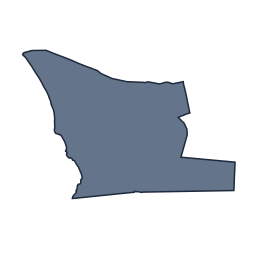 Faasaleleaga III, Fa'asaleleaga, Samoa, rotated 183°
{"feature_id": "51752279B1430525557017", "entity_name": "Faasaleleaga III", "entity_type": "district", "adm_level": 2, "iso_a3": "WSM", "parent_name": "Samoa", "parent_adm1": "Fa'asaleleaga", "projection": "albers", "projection_center": [-172.2, -13.646], "detail": "fine", "context": "isolated", "style": "filled", "palette": "slate", "viewbox_px": 256, "rotation_deg": 183, "n_neighbors": 0, "source": "geoboundaries", "source_scale": "gbopen_adm2", "svg_char_len": 1614}
<svg xmlns="http://www.w3.org/2000/svg" viewBox="0 0 256 256"><g transform="rotate(183 128 128)"><path d="M237.0,195.6L233.8,192.8L232.5,191.2L231.2,189.4L227.4,184.5L226.0,182.4L222.8,177.8L219.8,173.9L216.9,169.4L213.8,164.0L212.1,161.6L210.5,159.0L209.3,156.5L208.1,153.7L206.5,150.2L206.1,147.9L204.7,144.9L204.0,143.7L202.8,140.2L202.5,138.8L201.7,133.6L201.7,130.3L201.1,124.9L201.4,122.9L201.3,121.2L200.7,119.8L199.6,118.7L197.6,118.3L196.2,117.7L195.8,118.0L194.3,116.9L191.9,113.3L190.7,111.4L189.9,109.7L188.3,105.3L188.4,103.1L189.1,102.3L189.1,101.6L188.4,101.5L187.5,100.0L187.9,99.7L188.0,98.3L187.6,97.0L186.5,96.3L186.0,95.3L184.9,94.8L183.7,95.3L182.4,94.6L181.7,93.0L180.5,92.9L179.7,92.4L178.4,90.4L177.6,89.1L175.6,86.6L172.6,80.6L172.0,79.0L171.2,76.8L171.2,76.0L172.0,73.8L172.5,73.6L172.3,72.1L172.4,70.4L173.1,69.6L174.8,69.1L175.6,67.7L175.5,66.7L175.9,63.6L176.3,63.5L176.6,62.2L176.1,61.7L176.7,60.4L178.7,58.0L179.5,56.7L179.9,54.7L179.4,54.7L135.2,61.6L118.3,64.2L118.2,65.1L116.2,64.8L114.5,64.9L111.0,64.4L109.4,64.8L19.0,71.1L19.2,86.8L19.3,99.5L73.6,101.6L68.5,124.2L69.1,129.9L72.2,135.7L78.4,141.2L75.5,142.7L72.8,143.8L70.8,144.9L67.0,146.2L67.7,148.7L70.5,159.4L71.3,162.7L72.8,168.2L74.7,174.2L75.3,177.2L82.3,175.3L85.6,174.5L90.0,175.7L92.9,175.7L97.4,174.0L99.6,173.7L102.1,174.1L110.0,175.1L111.1,175.0L113.6,174.2L114.9,174.4L131.6,174.2L146.5,176.6L157.9,181.0L161.5,183.7L173.8,187.6L180.4,189.8L188.8,193.0L207.6,199.1L213.9,201.3L224.3,200.6L227.9,200.4L235.6,197.9L236.7,197.0L236.2,196.3L237.0,195.6Z" fill="#64748b" stroke="#1e293b" stroke-width="1.5"/></g></svg>